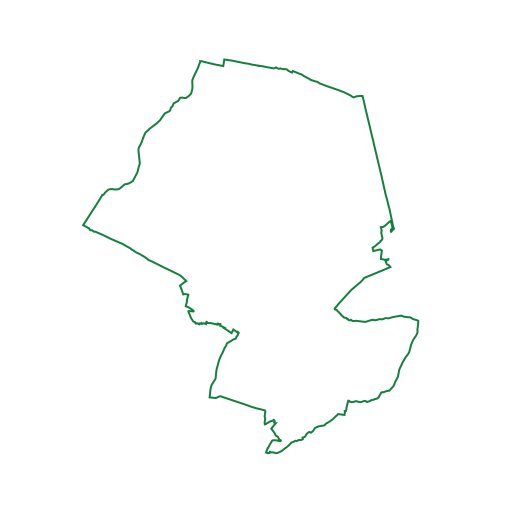 outline of Preutesti, Suceava, Romania, rotated 284°
{"feature_id": "2599482B63843980384548", "entity_name": "Preutesti", "entity_type": "district", "adm_level": 2, "iso_a3": "ROU", "parent_name": "Romania", "parent_adm1": "Suceava", "projection": "mercator", "projection_center": [26.401, 47.454], "detail": "fine", "context": "isolated", "style": "outline", "palette": "green", "viewbox_px": 512, "rotation_deg": 284, "n_neighbors": 0, "source": "geoboundaries", "source_scale": "gbopen_adm2", "svg_char_len": 6050}
<svg xmlns="http://www.w3.org/2000/svg" viewBox="0 0 512 512"><g transform="rotate(284 256 256)"><path d="M277.8,389.1L279.1,387.3L279.7,384.9L282.4,382.9L284.4,385.3L285.0,385.2L283.7,382.8L283.5,381.9L283.5,380.3L283.3,378.0L284.7,377.6L291.8,376.8L292.4,374.9L289.2,368.6L292.3,367.1L294.4,369.3L296.9,370.8L299.6,373.1L300.7,373.2L301.3,373.9L303.1,374.5L304.1,374.3L308.1,372.2L309.7,371.8L310.8,371.8L312.5,371.1L314.2,370.1L314.3,370.2L314.6,371.4L315.1,372.5L316.0,373.4L318.2,375.0L320.3,376.3L322.3,377.9L322.2,378.1L321.8,378.6L320.3,379.7L316.3,381.7L314.2,380.6L312.6,380.8L312.1,381.3L312.3,381.5L313.5,381.8L315.0,382.9L315.9,383.3L316.2,383.2L317.1,382.3L333.9,374.1L337.5,372.1L342.5,369.5L346.2,367.3L364.2,358.3L394.7,342.5L396.4,341.8L399.3,340.1L409.9,334.7L426.1,326.2L428.3,325.2L437.0,320.7L436.6,318.8L435.3,315.0L434.0,313.1L433.5,312.0L433.8,310.8L434.5,309.4L436.1,302.3L436.9,295.8L438.0,283.3L438.9,275.7L439.5,274.5L439.8,273.6L439.8,271.7L440.1,266.4L440.6,265.3L442.2,258.9L443.2,256.4L443.2,255.1L443.6,252.4L444.4,247.0L442.7,246.5L443.4,242.9L444.2,241.5L444.5,240.3L444.3,238.6L443.9,237.4L443.8,236.7L443.9,234.3L443.3,233.0L443.2,232.4L443.5,230.4L443.8,229.9L442.5,228.3L442.3,227.8L441.6,215.3L441.1,212.1L441.3,212.1L440.7,205.4L440.8,203.2L440.3,197.8L439.8,185.9L439.0,177.7L432.4,178.3L431.9,169.5L431.8,158.4L431.9,157.0L431.6,154.7L430.5,155.0L428.4,154.5L425.0,154.3L415.0,152.2L411.4,151.7L410.0,151.9L404.5,153.5L402.5,153.8L398.1,153.8L395.6,152.5L392.8,150.2L392.3,149.6L391.9,148.2L391.9,146.3L391.2,144.2L390.4,143.8L389.2,143.6L387.6,142.9L385.8,140.9L385.5,140.7L384.3,139.2L381.7,138.9L380.8,138.6L379.7,137.7L376.4,137.4L375.5,136.9L372.7,133.4L370.9,132.4L364.4,130.0L360.3,127.3L353.7,121.9L353.2,121.7L349.0,118.9L344.6,118.1L337.4,117.3L333.2,116.2L331.4,116.1L329.4,116.6L317.7,120.9L314.0,120.7L308.6,120.7L299.0,118.4L295.9,115.4L294.9,113.8L294.0,111.7L293.6,111.2L288.0,107.1L287.4,106.1L286.9,104.9L286.3,102.3L286.2,100.4L285.9,99.2L285.1,97.5L284.6,96.6L280.9,94.1L279.3,93.6L278.5,93.2L278.2,92.7L278.2,92.2L268.6,89.2L244.1,80.8L242.4,87.4L242.2,87.7L241.4,88.1L240.9,89.2L241.3,90.9L240.4,92.8L240.7,94.2L239.4,102.2L237.6,110.4L235.7,121.9L235.6,123.0L233.0,132.2L232.3,133.7L231.8,135.6L230.8,137.9L230.4,139.4L229.8,142.6L228.1,148.2L226.9,151.3L226.2,152.4L225.4,157.0L222.8,168.5L219.2,185.7L218.6,187.6L217.6,189.6L214.8,194.4L212.6,192.4L208.8,189.4L205.5,191.9L201.1,194.7L202.0,196.6L202.1,199.7L196.2,199.6L195.7,200.0L190.2,200.0L190.1,201.6L189.8,203.3L188.4,207.4L187.6,208.7L187.4,208.9L187.1,208.8L186.3,204.2L186.1,203.8L185.8,203.8L180.6,207.6L179.4,208.7L177.2,211.1L177.0,212.9L175.9,213.7L175.9,214.3L176.4,214.7L176.5,215.1L176.4,215.6L176.0,216.9L176.0,217.1L176.4,216.9L176.8,217.1L176.8,217.7L176.9,218.0L177.2,218.3L176.9,219.1L177.7,219.6L177.3,220.0L177.2,220.2L177.4,220.6L178.1,221.4L178.1,221.8L177.9,222.2L177.9,222.6L178.2,223.1L178.0,223.5L177.9,223.9L179.6,223.8L180.1,223.9L180.0,224.5L179.3,224.9L179.5,226.6L180.0,228.2L179.9,228.9L180.1,230.9L180.0,231.8L179.8,232.4L179.9,232.8L180.2,233.2L180.2,233.6L180.0,234.5L180.1,235.0L180.9,235.0L181.2,235.1L181.3,235.4L181.2,235.7L180.5,236.0L180.6,236.7L181.3,237.6L181.3,237.9L181.2,238.1L179.6,238.3L179.5,239.5L178.8,242.8L178.3,242.4L175.3,251.0L179.2,251.8L177.3,256.6L177.9,256.8L177.2,257.8L176.7,257.5L174.9,257.5L172.9,256.6L170.9,256.3L169.2,253.8L167.6,252.4L165.0,249.7L164.4,249.1L163.7,248.8L162.1,248.8L158.7,247.7L154.2,247.0L150.7,246.1L146.2,245.4L135.9,245.2L127.5,246.4L126.7,246.3L120.4,244.2L118.4,244.0L115.8,244.1L107.6,245.2L108.4,251.0L108.8,251.9L109.5,252.8L110.0,253.2L111.3,255.1L109.1,283.3L108.6,287.7L108.3,294.2L108.4,296.5L108.3,302.1L107.3,302.7L102.5,303.2L100.0,304.4L96.6,304.6L94.8,305.3L95.2,306.1L98.9,309.7L100.2,311.9L101.3,312.9L100.2,314.2L99.4,313.9L98.8,313.9L98.4,314.4L98.3,314.8L98.5,315.6L92.2,312.6L91.6,313.1L91.3,313.8L88.7,316.8L86.5,318.7L85.9,320.9L83.5,323.0L83.3,324.4L83.0,324.7L82.3,324.6L82.1,324.3L82.1,321.2L82.0,320.0L81.6,318.1L81.2,317.0L80.8,316.4L75.9,314.9L72.7,314.2L72.5,313.8L68.0,313.3L68.1,313.6L68.0,313.9L67.5,314.4L67.5,315.2L68.2,316.7L68.5,316.8L69.2,316.7L69.5,316.9L69.0,318.2L69.5,319.4L69.6,320.7L69.5,323.0L69.8,324.1L72.5,327.6L79.5,333.2L83.7,335.6L85.0,337.7L86.2,338.8L86.3,340.3L86.7,340.8L87.6,341.7L88.0,342.5L88.1,343.8L89.4,345.7L89.7,345.8L91.1,345.1L92.1,347.0L93.2,347.6L94.7,347.8L96.8,348.9L98.0,350.1L98.2,350.7L97.8,352.0L98.6,352.7L100.1,353.7L103.6,355.0L105.8,357.9L107.1,360.7L107.9,362.8L108.5,363.5L110.4,364.6L113.0,367.3L115.8,369.7L120.1,372.4L121.0,373.2L122.2,373.6L122.5,374.2L123.2,380.3L125.9,380.1L127.1,379.6L127.6,380.9L131.3,380.5L137.9,380.5L138.0,380.7L138.0,381.2L137.4,382.3L137.3,383.7L137.5,384.6L137.7,385.6L138.5,386.6L139.3,388.1L139.4,389.5L139.3,392.0L139.7,393.3L141.1,395.4L141.7,396.5L141.8,397.1L141.7,397.8L141.3,398.4L141.2,398.9L142.9,401.9L143.7,402.3L144.0,402.8L145.2,405.2L146.1,406.1L146.4,407.1L147.4,408.4L148.4,409.2L149.1,409.4L150.2,409.5L152.5,410.3L153.8,410.5L154.2,411.0L154.6,412.6L156.0,414.6L157.4,417.3L157.6,418.0L163.3,421.0L165.5,421.3L167.5,421.5L171.7,422.6L173.6,422.9L180.4,422.5L182.1,422.8L188.5,424.1L193.8,425.6L196.1,426.7L199.5,427.9L207.9,428.0L210.0,428.3L213.2,429.0L217.5,430.6L220.0,431.1L221.1,431.2L223.8,430.4L229.2,429.8L232.4,429.1L232.6,427.9L232.8,423.8L233.7,420.9L233.7,419.8L233.3,417.6L232.9,414.1L233.3,411.3L229.9,403.7L227.9,400.2L227.4,399.0L227.3,397.9L227.0,396.6L225.0,393.7L224.7,391.6L224.5,390.9L222.6,387.7L222.3,384.6L221.3,382.6L218.8,378.6L218.5,377.9L218.2,375.9L217.4,369.3L216.3,365.6L216.7,364.3L217.1,363.6L217.0,363.3L216.2,362.7L216.3,362.3L216.2,361.9L216.4,360.9L217.2,360.3L217.0,359.5L217.7,358.7L217.8,358.4L217.6,357.8L217.7,355.9L218.5,354.8L219.2,353.1L220.2,352.0L221.7,349.7L222.1,348.7L223.2,347.3L223.3,345.4L223.8,345.1L224.5,345.2L227.4,346.8L228.6,347.2L246.2,356.7L256.0,363.8L259.2,365.6L260.8,366.2L277.8,389.1Z" fill="none" stroke="#15803d" stroke-width="2"/></g></svg>